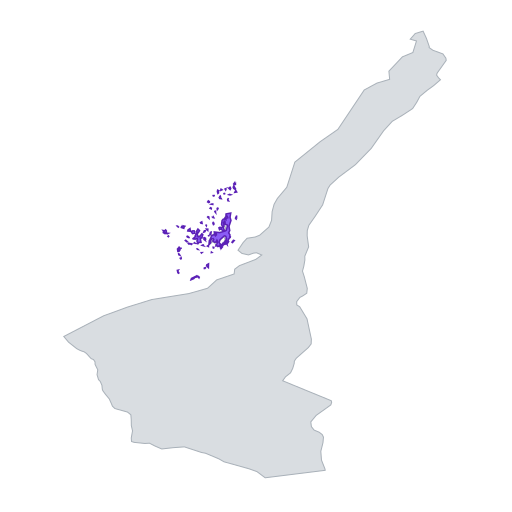 Dahlak, Semenawi Keyih Bahri, Eritrea shown in context, rotated 269°
{"feature_id": "51966322B75113483561318", "entity_name": "Dahlak", "entity_type": "district", "adm_level": 2, "iso_a3": "ERI", "parent_name": "Eritrea", "parent_adm1": "Semenawi Keyih Bahri", "projection": "mercator", "projection_center": [40.14, 15.965], "detail": "fine", "context": "in_parent", "style": "filled", "palette": "violet", "viewbox_px": 512, "rotation_deg": 269, "n_neighbors": 0, "source": "geoboundaries", "source_scale": "gbopen_adm2", "svg_char_len": 8546}
<svg xmlns="http://www.w3.org/2000/svg" viewBox="0 0 512 512"><g transform="rotate(269 256 256)"><path d="M40.5,321.4L38.4,301.7L37.0,288.5L35.5,274.5L34.1,261.3L40.4,253.2L43.3,245.5L50.8,220.4L53.8,215.4L59.7,202.0L60.5,198.1L66.4,181.1L65.8,169.8L64.7,158.4L67.8,151.6L70.7,146.2L70.5,141.6L71.8,130.9L72.7,128.3L76.2,128.1L83.3,129.5L88.6,128.4L94.7,128.4L99.4,128.1L102.2,124.8L105.9,112.3L108.4,109.8L110.3,109.1L115.7,106.8L120.3,103.1L124.0,100.5L125.4,100.0L129.4,99.7L133.3,98.1L135.1,96.4L140.1,95.0L145.0,95.8L148.3,94.2L150.5,93.2L153.0,93.2L155.3,91.7L156.2,89.5L157.7,88.1L161.5,84.8L163.2,82.5L164.0,80.1L164.8,78.2L166.5,75.1L173.1,67.1L178.9,62.4L198.9,102.7L207.1,126.4L214.3,151.1L219.6,188.2L224.6,207.0L232.8,216.3L238.4,233.8L243.2,234.5L246.7,239.3L252.6,255.7L256.9,261.8L259.2,256.6L258.9,253.5L257.2,248.5L258.8,242.0L262.1,238.1L269.7,243.4L273.9,247.4L275.0,255.5L276.7,260.0L284.7,269.4L291.4,272.2L300.1,272.9L307.4,275.0L313.2,278.4L324.2,288.0L349.2,296.5L369.3,322.3L381.2,340.1L420.1,367.1L426.8,380.0L430.3,392.7L438.5,392.1L452.6,405.9L456.7,416.4L468.2,420.2L470.1,414.0L475.7,419.1L477.9,427.0L470.6,430.2L462.4,432.9L461.3,432.8L458.6,436.5L454.8,446.4L450.5,449.3L448.3,449.6L435.7,440.3L433.7,439.7L431.0,441.6L429.0,443.5L423.1,436.4L418.8,430.2L412.8,422.7L406.9,419.4L400.7,415.2L394.5,405.4L388.3,394.6L379.0,385.8L361.6,373.1L345.6,357.0L333.4,340.1L325.6,331.3L322.2,329.1L305.9,323.5L294.6,315.8L285.8,309.4L280.5,307.7L275.3,307.5L264.2,308.8L255.0,304.8L251.1,304.8L244.9,303.6L240.1,302.2L234.4,303.9L222.7,306.7L217.9,306.1L215.3,302.1L213.8,299.1L209.7,295.9L206.4,295.9L204.5,298.8L192.3,305.9L171.9,309.9L167.1,309.6L163.5,306.7L153.1,294.5L150.2,292.5L147.9,292.3L143.1,290.8L138.6,288.5L134.7,283.4L130.8,280.5L126.5,290.4L119.1,307.6L115.1,316.9L110.0,328.7L108.4,329.1L105.8,328.2L95.6,313.4L89.2,307.9L84.4,308.4L80.9,311.1L78.7,316.1L76.3,319.1L73.7,320.3L68.2,319.7L59.6,317.4L50.8,317.9L41.7,321.3L40.5,321.4ZM280.5,222.5L283.3,226.2L285.2,225.8L286.7,224.6L287.7,222.0L298.2,227.1L297.6,230.5L291.4,230.7L284.1,229.3L277.5,229.8L269.5,228.3L267.7,222.5L272.7,225.3L275.4,224.6L275.8,223.9L272.2,220.0L267.2,219.2L267.5,216.1L269.8,214.9L271.2,213.4L268.3,209.2L274.0,210.1L277.6,212.7L279.9,215.7L280.5,222.5ZM276.2,195.9L278.4,202.5L272.0,200.0L270.9,198.6L273.7,196.0L274.3,194.3L276.2,195.9Z" fill="#d9dde1" stroke="#a8b0b8" stroke-width="1"/><path d="M272.9,220.3L276.7,224.7L276.4,226.0L275.4,226.5L273.7,226.4L274.2,227.3L272.4,226.1L271.5,227.0L271.1,227.0L271.9,226.2L271.6,225.6L270.4,224.7L270.6,226.1L270.2,226.2L269.4,223.9L268.2,223.6L269.2,223.1L267.6,222.1L267.2,222.4L268.1,223.9L268.2,225.3L269.2,226.3L268.0,227.3L268.6,227.2L270.9,228.9L271.7,228.2L272.6,228.5L274.9,230.0L274.9,230.5L275.7,230.7L276.1,230.1L277.5,230.4L279.6,229.0L281.9,230.2L286.1,229.5L292.0,231.6L295.2,230.7L299.4,231.5L298.6,226.8L297.3,226.7L296.4,227.9L294.7,228.5L294.4,227.7L295.7,228.0L296.6,227.1L294.4,225.5L293.9,226.7L293.0,226.6L293.8,225.9L293.6,225.4L292.7,226.0L293.5,225.1L293.4,223.9L292.1,222.7L288.3,222.1L285.8,223.1L285.2,224.0L287.1,224.5L289.9,224.1L290.2,224.7L291.3,224.7L291.4,225.4L290.6,225.7L288.3,225.7L287.6,227.7L286.7,228.0L282.2,226.8L281.5,225.5L280.0,220.1L280.5,216.8L280.2,216.8L279.8,216.8L279.6,216.6L279.2,216.3L279.1,216.8L277.8,216.8L276.8,215.8L278.2,214.9L277.4,212.6L276.6,211.8L273.2,210.6L272.2,209.6L268.1,209.2L270.0,210.9L272.6,211.0L273.9,212.2L274.1,213.6L273.0,214.1L271.8,213.0L270.5,214.6L270.6,217.0L271.2,216.5L272.6,217.2L271.5,217.8L268.8,217.2L267.6,216.2L266.7,216.1L266.9,217.3L266.1,217.9L266.4,219.1L266.1,220.4L267.2,219.6L268.3,220.9L270.1,219.3L272.9,220.3ZM275.4,194.5L274.5,193.3L274.1,193.5L274.0,195.6L274.7,197.5L274.1,197.9L271.5,197.3L270.6,197.7L270.6,201.3L274.4,200.6L275.2,201.5L274.9,202.1L278.3,203.2L279.1,202.2L276.3,200.1L276.1,199.0L276.9,198.0L279.0,197.7L279.4,196.6L277.1,195.5L276.7,195.9L275.5,194.8L275.8,194.2L275.4,194.5ZM284.6,190.5L283.3,188.5L282.2,188.2L281.8,191.4L279.5,192.9L279.8,195.0L281.4,195.3L282.3,194.6L282.2,192.9L281.6,192.4L282.2,190.8L284.6,190.5ZM284.8,219.4L282.9,220.0L283.8,221.7L283.4,221.6L281.5,223.8L282.0,224.8L285.1,223.8L284.9,221.8L285.4,220.5L284.8,219.4ZM281.6,163.8L281.0,163.7L279.9,165.4L280.2,166.6L279.7,167.7L280.2,168.7L280.4,167.1L281.5,166.6L282.5,166.9L283.7,166.1L282.8,165.0L283.1,163.6L281.4,164.9L281.6,163.8ZM264.4,177.6L261.4,178.0L262.6,178.1L263.0,178.4L261.9,178.3L261.5,178.5L262.4,178.4L261.9,178.5L262.0,179.1L263.4,180.1L264.5,180.1L265.2,181.8L265.0,179.9L266.8,179.1L264.3,179.4L264.3,178.8L265.3,178.5L264.4,177.6ZM234.7,191.1L233.4,190.6L234.4,193.3L235.1,194.0L235.0,193.0L236.3,195.0L235.7,194.7L236.3,197.7L235.1,198.6L235.8,198.9L237.0,197.4L237.1,196.2L234.7,191.1ZM282.1,197.2L281.1,197.2L280.7,197.8L280.2,197.3L280.0,198.0L280.1,198.6L282.4,200.0L284.0,198.4L282.1,197.2ZM247.3,206.4L246.5,206.8L245.2,208.2L249.0,208.4L248.1,206.7L247.3,206.4ZM325.1,234.4L323.9,234.9L323.0,236.3L323.5,236.7L326.6,235.0L325.1,234.4ZM286.9,182.2L285.8,181.8L284.9,184.3L285.9,184.5L287.0,185.4L287.2,184.6L286.8,185.0L286.2,184.5L286.9,182.2ZM280.8,214.7L278.9,214.9L278.7,215.6L280.5,216.7L280.8,214.7ZM275.3,204.6L274.9,204.0L274.1,204.7L273.4,204.3L272.5,205.5L273.3,205.2L273.5,205.9L274.7,205.8L275.3,204.6ZM280.5,210.9L278.1,210.2L278.0,211.1L280.7,211.6L280.5,210.9ZM311.3,210.3L312.0,209.3L310.9,208.6L310.2,209.7L310.5,210.3L311.3,210.3ZM272.1,233.7L270.2,232.2L269.8,232.7L271.8,234.5L272.1,233.7ZM267.2,220.2L266.1,221.8L266.6,222.5L268.1,221.9L267.2,220.2ZM323.9,230.9L324.1,230.1L322.9,231.3L323.9,231.9L325.2,231.4L325.0,230.8L323.9,230.9ZM321.9,236.9L320.0,235.9L320.3,237.8L321.9,236.9ZM290.4,201.1L289.7,201.5L289.5,202.7L291.1,202.4L290.4,201.1ZM320.8,219.7L322.3,219.0L322.0,219.3L322.1,219.6L322.5,218.8L321.0,218.5L319.2,219.0L319.6,219.5L320.6,219.2L320.8,219.7ZM275.3,189.9L277.0,188.0L276.8,187.4L276.2,187.6L275.3,189.9ZM294.4,236.2L293.7,236.2L293.4,236.7L294.5,236.5L295.0,236.6L294.4,236.6L294.5,237.3L295.3,237.0L296.1,237.4L296.7,237.4L294.4,236.2ZM280.8,204.2L281.1,205.2L282.3,205.9L282.1,204.8L280.8,204.2ZM243.0,177.1L240.6,177.6L240.1,178.3L240.4,178.6L242.4,177.4L243.2,178.0L243.0,177.1ZM290.3,213.8L289.7,213.4L288.1,214.0L288.3,214.4L289.5,214.5L290.3,213.8ZM305.1,211.4L304.5,210.9L303.9,212.1L304.6,212.2L305.1,211.4ZM271.4,187.7L273.0,186.0L272.7,185.6L271.3,187.2L271.4,187.7ZM329.5,235.8L328.4,234.9L327.8,235.4L327.9,236.7L328.3,236.7L327.9,236.4L328.4,236.5L328.4,235.8L329.5,235.8ZM269.5,190.2L269.9,189.2L269.6,188.6L269.0,189.2L269.5,190.2ZM323.9,227.1L323.5,226.2L322.5,226.8L323.1,227.1L323.9,227.1ZM283.7,208.3L283.8,207.1L282.5,208.2L283.7,208.3ZM317.3,215.8L317.1,214.4L317.4,213.6L316.7,214.7L317.3,215.8ZM296.2,208.7L295.8,208.3L294.5,209.6L295.9,209.5L296.2,208.7ZM304.6,218.6L304.3,218.0L303.0,218.1L304.0,218.9L304.6,218.6ZM313.2,228.7L312.7,228.7L311.7,228.9L311.6,229.5L312.9,228.7L314.3,229.6L313.2,228.7ZM268.1,203.2L267.6,202.3L267.2,203.7L267.7,203.2L267.8,204.1L268.1,203.2ZM269.1,192.1L269.5,191.2L269.1,190.8L268.6,191.5L269.1,192.1ZM244.9,204.1L244.4,204.1L244.4,204.7L245.5,205.7L244.9,204.1ZM267.5,208.6L266.8,207.6L266.3,208.6L267.5,208.6ZM259.5,178.7L258.6,178.8L258.1,179.9L259.3,179.2L259.5,178.7ZM323.4,222.1L322.3,222.0L322.8,223.2L323.3,222.6L323.4,222.1ZM308.8,213.7L308.7,212.3L308.6,212.1L308.3,213.7L308.8,213.7ZM255.5,181.1L255.1,180.2L254.4,180.7L254.6,181.2L255.5,181.1ZM314.7,220.5L314.2,220.7L313.9,222.3L314.4,222.1L314.7,220.5ZM318.9,226.3L319.1,225.3L319.5,224.8L318.6,225.2L318.9,226.3ZM317.7,231.8L318.1,230.6L317.8,230.0L317.5,231.1L317.7,231.8ZM296.1,213.9L295.4,213.4L294.8,214.2L295.1,213.9L295.0,214.5L296.1,213.9ZM287.6,207.0L288.2,206.2L287.1,206.9L287.6,207.0ZM277.0,208.3L277.1,209.9L277.2,208.8L277.0,208.3ZM265.3,220.6L264.5,220.7L264.4,221.3L265.3,221.3L265.3,220.6ZM300.2,216.3L301.5,216.1L301.4,215.7L301.1,215.6L300.2,216.3ZM265.7,221.8L264.5,221.6L265.4,222.4L265.7,221.8ZM277.6,168.8L277.2,168.3L276.8,168.8L277.2,169.1L277.6,168.8ZM265.5,213.3L264.8,213.4L264.7,213.8L265.4,214.0L265.5,213.3ZM260.3,212.0L260.7,211.5L260.2,211.4L260.3,212.0ZM269.9,195.2L270.4,194.9L270.1,194.5L269.9,195.2ZM285.9,179.5L287.3,178.1L287.3,177.7L286.8,178.1L285.9,179.5ZM259.9,201.5L260.3,202.0L260.3,201.3L259.9,201.5ZM316.2,220.9L315.9,221.3L316.2,221.5L316.6,221.3L316.2,220.9ZM269.2,198.1L269.7,198.5L269.5,197.6L269.2,198.1ZM263.6,198.1L264.1,197.6L264.1,197.3L263.7,197.5L263.6,198.1Z" fill="#8b5cf6" stroke="#5b21b6" stroke-width="1.5"/></g></svg>